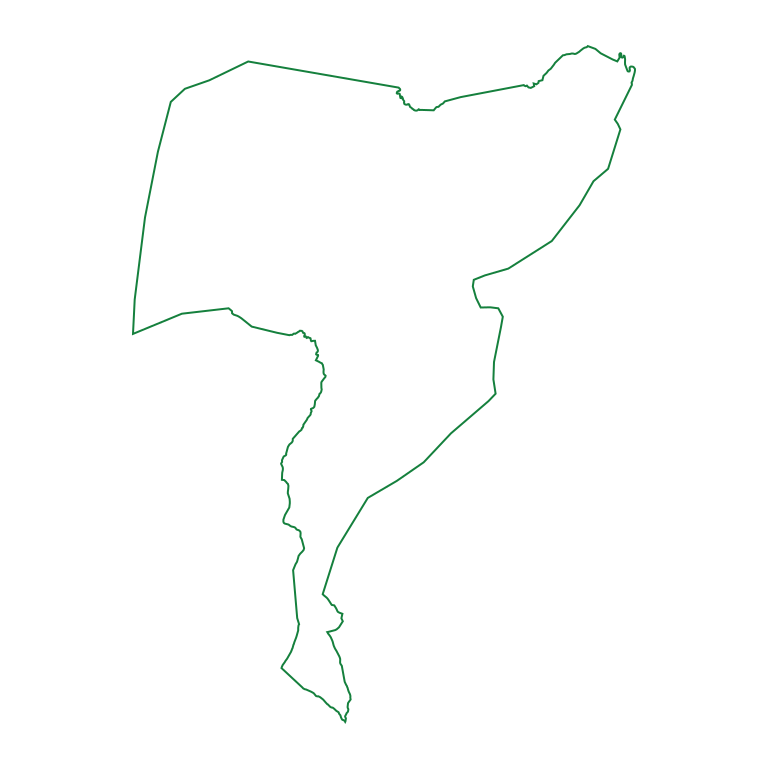 the district of South Dayi, Volta, Ghana
{"feature_id": "2480657B27395942809935", "entity_name": "South Dayi", "entity_type": "district", "adm_level": 2, "iso_a3": "GHA", "parent_name": "Ghana", "parent_adm1": "Volta", "projection": "natural_earth1", "projection_center": [0.223, 6.546], "detail": "fine", "context": "isolated", "style": "outline", "palette": "green", "viewbox_px": 768, "rotation_deg": 0, "n_neighbors": 0, "source": "geoboundaries", "source_scale": "gbopen_adm2", "svg_char_len": 6015}
<svg xmlns="http://www.w3.org/2000/svg" viewBox="0 0 768 768"><path d="M624.2,55.8L623.8,55.7L623.5,56.1L623.4,56.8L622.9,57.4L622.5,57.6L621.9,57.5L621.5,57.2L621.2,56.7L620.9,56.0L621.1,55.9L621.3,55.1L621.1,53.6L620.8,53.3L620.3,53.2L619.8,53.5L619.5,53.9L619.3,54.6L619.6,57.6L617.3,61.4L612.7,59.5L600.7,53.3L595.4,48.9L587.8,46.1L587.4,46.6L586.6,47.2L584.6,47.7L583.2,48.5L580.4,50.7L579.3,51.7L576.3,53.6L575.6,53.8L574.9,54.0L572.8,53.5L571.7,53.5L569.9,54.0L566.5,54.3L564.5,55.1L562.9,55.3L555.1,62.8L553.9,64.7L550.8,68.7L548.4,70.5L546.6,72.9L543.5,75.8L542.4,80.2L538.7,81.1L538.4,82.9L536.4,84.3L533.7,83.5L534.2,86.2L530.8,87.9L528.5,87.4L526.9,85.6L525.8,86.2L524.3,85.7L523.8,85.1L460.7,97.1L444.8,101.4L443.8,102.6L443.0,103.5L440.6,104.7L438.5,106.8L436.8,107.0L436.1,107.4L433.7,110.3L420.9,109.9L419.5,110.0L419.0,109.4L418.6,109.3L417.9,110.1L417.3,110.4L416.6,110.6L415.8,110.6L414.8,110.4L414.0,110.0L413.9,109.8L413.7,109.8L413.2,109.2L412.7,109.0L412.1,108.6L411.7,108.0L411.0,107.5L410.4,107.2L410.1,106.9L409.3,104.9L409.0,104.8L408.8,104.2L408.1,104.1L407.5,104.5L406.5,104.7L405.6,104.6L404.5,104.1L404.0,102.8L404.2,102.0L404.2,101.2L403.6,100.4L402.9,99.4L403.0,99.1L402.9,98.6L402.3,97.2L402.0,96.8L401.3,96.5L401.1,98.1L400.5,98.0L400.3,97.4L399.9,95.2L399.8,94.1L398.9,93.5L397.3,93.7L396.8,93.3L396.9,92.3L397.4,91.6L398.1,91.3L398.6,90.9L399.5,90.8L400.1,90.3L400.2,89.6L400.0,89.0L398.6,87.6L248.2,61.5L209.3,80.3L184.9,88.8L170.8,101.9L157.9,151.8L145.0,217.5L134.7,299.5L133.0,333.9L181.9,313.7L228.6,308.3L230.8,310.1L232.0,311.2L232.1,313.3L233.7,314.6L237.5,315.9L239.3,316.9L241.4,318.3L251.7,326.6L277.1,332.8L289.4,335.2L290.2,334.9L292.2,334.9L293.7,333.7L294.5,333.6L295.2,333.8L297.4,332.5L298.0,332.0L298.7,331.7L300.0,330.7L301.1,330.9L301.8,330.9L302.5,331.4L303.0,332.7L303.2,332.9L304.0,333.0L304.4,333.2L304.7,333.7L304.8,334.2L304.7,334.8L304.2,336.0L304.2,336.4L304.4,336.8L304.6,336.8L305.4,336.3L305.8,336.4L306.0,336.7L306.5,337.8L306.8,338.0L307.1,337.8L307.6,337.2L308.0,337.1L309.4,337.9L310.2,338.1L310.5,338.3L310.9,340.5L311.3,341.2L311.8,341.2L312.4,341.0L313.8,340.8L315.0,340.8L315.8,345.5L316.2,346.1L317.2,348.2L317.9,350.2L317.8,351.3L317.6,351.7L317.3,352.1L316.6,352.5L316.1,354.2L316.5,354.7L318.0,355.0L318.1,355.5L318.0,356.0L315.9,360.3L318.8,361.7L320.5,362.7L321.9,363.3L322.3,364.2L322.8,364.8L323.7,369.4L323.6,370.4L323.5,372.2L323.7,373.7L324.2,374.5L325.3,375.4L325.6,375.7L325.4,376.9L323.9,378.7L321.6,381.8L321.3,382.8L321.4,388.0L321.7,389.3L321.6,389.8L321.3,391.3L321.0,392.2L320.6,392.8L320.2,393.4L319.6,393.7L319.5,394.0L318.9,396.2L318.7,396.6L318.1,397.2L317.6,398.1L316.8,398.7L316.2,399.6L315.5,400.3L315.1,401.0L314.8,404.4L314.3,406.8L313.7,407.5L313.0,408.1L311.6,408.6L311.0,408.9L310.9,409.5L311.4,410.6L311.6,411.1L311.4,411.7L310.8,412.9L310.7,413.9L310.6,414.5L310.3,415.0L307.6,418.0L306.9,419.7L303.4,424.7L303.3,426.1L303.0,426.7L302.8,427.6L301.9,428.2L301.6,429.6L300.9,430.3L300.2,430.9L299.4,431.3L299.1,431.6L292.8,438.8L292.7,440.9L292.3,441.8L291.6,442.7L289.5,444.4L288.9,445.3L288.0,446.8L287.8,447.4L286.1,453.7L286.2,454.7L285.9,455.2L285.5,455.5L284.4,456.1L283.7,456.5L283.4,457.1L282.0,460.2L282.1,461.9L281.2,463.4L281.1,463.8L282.7,467.2L282.9,468.8L282.8,470.1L282.2,472.8L281.9,479.8L284.3,480.1L286.1,481.9L287.0,483.1L287.9,483.9L288.4,485.7L288.4,486.5L288.2,489.2L287.9,491.3L287.8,493.3L289.6,498.8L289.8,501.7L289.8,503.3L289.3,507.5L285.0,515.0L283.4,519.7L283.4,521.8L283.8,522.8L284.6,523.5L285.6,523.8L287.9,524.4L288.6,524.6L290.4,526.0L291.4,526.5L293.7,527.0L294.8,527.4L295.5,528.0L296.5,529.4L297.3,529.8L298.7,530.2L299.4,530.7L300.1,531.4L300.4,531.9L300.6,533.1L300.4,536.8L301.4,538.8L301.7,539.1L304.1,548.2L303.6,550.0L302.3,551.6L300.2,553.7L298.6,555.9L297.9,558.7L297.0,561.8L295.5,564.3L293.1,570.2L297.2,618.1L299.1,624.3L298.7,624.9L298.5,625.5L298.2,627.8L298.2,630.4L296.7,635.8L296.1,637.7L294.4,642.1L293.7,644.4L293.5,644.6L292.6,647.9L292.3,648.7L292.0,649.1L291.6,650.5L291.3,650.9L291.2,651.5L287.1,658.7L285.4,661.0L284.8,662.1L282.7,665.0L281.9,666.8L281.5,668.1L302.4,687.5L303.2,688.4L304.7,689.2L306.1,689.5L311.1,691.7L312.9,692.7L313.7,693.2L314.4,694.0L315.6,695.5L316.2,696.1L317.6,696.4L318.4,696.3L320.3,697.3L323.2,699.6L325.8,702.6L327.3,704.2L327.7,704.3L330.4,707.0L331.3,707.4L332.0,707.6L332.6,707.6L333.2,708.0L334.1,708.7L336.4,710.9L338.5,712.2L338.8,712.8L339.1,713.7L340.4,715.3L341.0,717.4L342.0,719.4L342.4,719.8L343.1,720.0L344.3,720.6L344.7,721.0L345.2,721.9L345.4,721.5L345.9,718.4L345.7,717.9L345.2,716.9L345.1,716.4L345.4,715.6L346.2,714.3L346.3,713.8L346.5,713.3L347.7,712.0L348.0,711.4L348.3,709.7L348.3,709.1L347.7,707.8L347.6,706.9L348.0,703.4L348.2,702.8L350.6,699.5L350.3,697.4L350.4,696.8L350.3,695.4L349.9,694.1L348.7,691.6L348.0,689.5L347.6,687.9L347.2,687.1L346.9,686.1L346.1,684.8L344.7,681.8L341.8,665.8L340.5,663.9L340.2,663.1L340.1,662.3L340.2,659.6L340.1,658.6L339.7,657.4L339.3,656.4L336.5,651.0L335.2,648.9L334.6,647.7L333.7,645.6L332.7,641.8L332.3,640.7L330.8,637.3L329.7,635.6L327.9,633.3L327.7,632.7L327.3,632.1L329.4,631.6L335.2,630.1L336.7,629.3L339.0,627.3L342.8,621.3L341.4,618.3L342.4,613.8L339.4,612.7L338.0,611.9L337.6,611.5L336.2,608.5L334.3,605.4L331.7,604.9L328.4,599.8L327.6,598.7L326.6,597.6L323.8,595.3L322.7,594.2L337.4,547.6L367.8,497.9L396.8,480.9L423.7,462.3L450.9,433.4L488.5,401.1L495.6,393.7L493.4,379.4L494.0,362.0L501.0,326.9L502.8,316.7L498.3,308.3L490.2,307.3L480.7,307.5L476.1,298.1L472.8,286.4L473.8,279.8L484.9,275.4L508.3,268.6L551.8,241.0L579.6,205.2L593.5,181.2L608.1,168.8L620.4,129.4L617.8,123.9L614.8,119.6L631.9,84.9L631.8,83.4L631.6,83.1L631.6,82.4L632.2,81.5L632.6,80.3L632.9,78.5L633.6,76.3L634.6,72.6L634.9,71.0L635.0,69.9L634.9,68.8L633.6,67.1L632.8,66.7L631.0,66.5L630.2,66.9L629.7,67.5L629.6,68.8L629.9,70.3L629.5,71.4L628.3,71.5L627.7,71.2L627.1,69.9L625.1,64.5L625.0,62.7L625.1,59.3L624.6,56.2L624.2,55.8Z" fill="none" stroke="#15803d" stroke-width="2"/></svg>